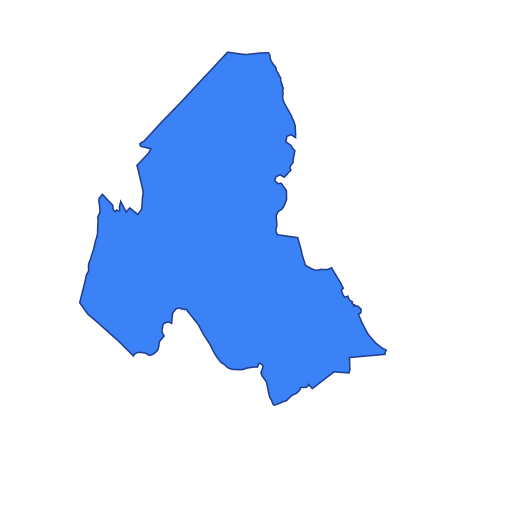 the district of Sagnerigu, Northern, Ghana, rotated 133°
{"feature_id": "2480657B87566941811639", "entity_name": "Sagnerigu", "entity_type": "district", "adm_level": 2, "iso_a3": "GHA", "parent_name": "Ghana", "parent_adm1": "Northern", "projection": "natural_earth1", "projection_center": [-0.877, 9.486], "detail": "fine", "context": "isolated", "style": "filled", "palette": "blue", "viewbox_px": 512, "rotation_deg": 133, "n_neighbors": 0, "source": "geoboundaries", "source_scale": "gbopen_adm2", "svg_char_len": 5973}
<svg xmlns="http://www.w3.org/2000/svg" viewBox="0 0 512 512"><g transform="rotate(133 256 256)"><path d="M126.3,415.8L154.7,415.8L172.6,415.9L191.1,415.8L194.8,415.8L223.7,416.4L240.1,416.2L249.0,416.3L250.8,417.1L253.3,417.4L254.0,416.3L254.4,415.2L249.3,406.0L254.3,404.7L270.9,404.9L272.9,401.7L282.4,387.5L286.4,381.8L287.3,381.3L292.3,377.6L296.4,374.1L299.8,371.6L306.2,370.8L306.9,381.1L312.4,381.0L308.3,392.2L313.1,389.5L315.9,386.6L317.3,387.7L317.3,389.4L318.4,389.3L319.8,389.3L319.9,390.0L319.5,391.5L318.8,392.9L316.6,395.3L316.0,406.1L315.6,410.4L320.5,410.2L322.3,409.0L323.5,407.8L324.2,407.0L325.5,405.2L330.1,400.1L333.8,398.8L334.6,398.7L335.6,398.2L336.9,396.6L337.9,395.5L339.8,394.0L343.1,391.3L347.6,387.2L352.4,384.5L353.9,384.0L354.5,383.7L355.0,383.4L357.2,381.9L357.8,381.7L362.8,378.8L363.8,378.5L366.0,377.4L367.7,376.7L370.4,375.2L372.1,374.5L373.3,374.2L374.7,373.5L376.0,373.0L377.8,371.5L381.0,368.3L385.6,367.1L389.6,364.6L410.4,353.1L413.2,339.6L412.6,324.8L412.2,305.8L412.0,298.9L412.7,277.3L410.9,278.0L407.1,276.8L402.7,271.4L401.4,266.1L400.6,265.7L399.7,265.0L399.0,264.7L398.2,264.4L397.5,264.1L394.0,263.7L393.8,263.7L393.0,263.6L392.4,263.7L391.6,263.8L391.0,264.0L389.6,264.8L389.0,265.1L388.3,265.5L387.2,266.3L386.8,266.7L386.4,267.0L385.7,267.4L385.2,267.8L384.4,268.2L383.8,268.3L383.2,268.3L382.4,268.3L381.9,268.4L381.1,268.4L380.5,268.5L379.8,268.5L377.7,268.6L377.1,268.7L376.6,270.7L375.5,273.0L373.6,274.7L372.3,275.3L370.7,276.6L368.3,277.3L365.4,276.2L363.4,274.2L362.9,271.8L354.5,278.1L349.1,278.4L345.8,276.3L345.8,275.6L345.7,274.3L344.7,273.7L344.5,273.4L344.4,273.3L344.3,272.7L344.2,272.2L344.0,271.8L343.8,271.8L342.6,271.1L345.5,251.7L349.1,241.2L352.1,229.2L355.0,221.6L356.7,215.7L356.8,214.4L357.0,213.1L357.4,211.4L357.6,210.0L357.7,208.7L357.4,207.3L357.1,205.7L356.9,204.6L356.9,203.6L357.0,202.3L356.8,199.8L356.5,199.2L355.8,197.6L355.5,196.6L352.8,193.2L352.4,192.9L351.7,192.2L351.6,191.9L351.0,191.3L350.7,190.8L350.0,190.2L348.4,188.5L347.6,188.0L346.6,187.3L345.2,186.9L343.7,185.7L342.4,184.8L341.2,183.8L340.0,182.8L338.7,181.9L336.2,179.2L333.0,180.5L332.0,180.0L331.3,178.8L331.7,175.8L333.7,174.4L334.6,174.3L338.2,172.7L338.4,172.0L338.9,171.1L339.8,169.0L339.9,168.2L339.9,167.6L340.3,166.1L340.4,165.2L340.9,163.3L341.1,162.3L349.4,150.6L350.3,148.8L350.4,148.0L350.8,146.6L351.3,145.5L352.0,144.2L352.5,143.0L352.8,142.2L352.8,141.1L350.6,139.7L349.1,139.0L347.7,138.3L346.8,137.9L344.6,137.1L342.9,136.2L341.8,135.3L340.6,135.0L338.8,135.0L337.3,134.9L335.5,134.8L333.5,134.6L332.1,134.2L330.6,133.4L329.3,133.0L328.5,132.7L327.2,132.5L326.0,132.6L324.9,132.5L323.9,132.7L321.7,133.6L320.4,132.4L317.9,129.7L315.6,129.4L314.1,129.9L314.6,124.4L287.5,119.9L278.1,108.2L275.1,109.8L269.3,115.6L266.5,118.4L240.0,94.6L238.8,95.6L236.0,96.6L237.1,100.2L237.6,103.6L237.7,104.8L237.8,105.5L237.8,106.2L237.8,106.6L237.9,107.1L237.9,108.1L237.9,109.6L237.7,111.9L237.6,113.4L237.4,114.7L237.3,116.0L237.2,117.3L237.0,119.1L236.8,120.1L236.6,121.1L236.2,122.4L235.7,124.0L235.3,125.0L234.7,126.6L234.3,127.7L233.8,129.3L233.4,130.2L233.2,130.8L232.7,132.5L232.2,133.8L231.6,135.0L231.3,135.6L230.8,136.5L230.4,137.6L229.9,138.8L229.4,139.8L228.9,140.6L228.3,141.3L228.1,141.5L226.2,140.5L223.3,142.7L223.1,147.3L225.8,150.2L224.5,150.1L225.3,153.2L224.7,153.9L223.7,154.4L224.6,156.9L224.3,157.6L223.7,159.4L223.6,159.8L223.4,160.2L222.7,161.5L225.5,162.8L225.2,165.5L222.9,170.3L220.0,170.1L219.3,172.4L218.1,175.2L217.4,177.7L217.1,178.8L216.9,179.7L216.7,180.5L216.3,181.8L216.0,182.7L215.8,183.6L215.3,185.0L215.0,186.1L214.9,186.7L214.8,187.1L214.6,187.6L214.2,189.0L213.0,192.7L217.2,194.5L220.6,198.3L221.6,199.6L222.8,200.3L224.2,201.2L225.1,202.0L226.4,203.9L226.9,205.3L227.3,206.6L227.7,208.1L228.0,209.2L228.3,210.0L228.4,210.7L228.5,211.5L228.7,212.1L228.8,212.6L229.1,212.9L229.3,213.2L223.4,223.4L221.2,226.4L217.6,232.2L214.1,238.0L225.8,254.8L224.6,257.9L222.6,259.7L219.8,261.3L217.9,263.1L212.7,268.8L208.3,270.1L204.3,269.0L201.6,269.3L197.9,270.5L193.9,272.1L189.7,276.1L187.4,278.4L185.6,287.3L188.1,289.1L188.2,293.7L184.4,295.4L180.1,293.8L179.2,289.1L177.2,289.1L176.5,289.0L175.9,289.0L175.4,288.9L174.9,288.9L174.1,289.1L173.7,289.1L172.1,289.1L171.2,289.0L170.5,289.0L169.5,288.9L167.9,291.9L165.3,292.4L162.2,292.6L161.9,293.0L161.4,293.5L161.0,294.0L160.5,294.4L159.2,295.1L158.7,295.4L158.3,295.7L157.8,296.2L157.2,296.4L156.8,296.7L156.1,297.0L155.7,297.3L154.4,298.2L153.3,298.9L152.7,299.2L152.4,299.4L152.3,302.7L151.3,305.9L152.1,312.1L147.5,315.0L143.4,313.2L142.4,307.8L141.6,308.7L141.0,309.2L140.0,309.9L139.4,310.6L138.9,311.1L138.3,311.9L137.0,313.0L136.1,314.2L135.6,314.6L135.1,315.0L134.6,315.5L133.9,316.3L133.6,317.0L133.1,317.8L132.6,318.5L132.3,319.1L131.9,320.0L131.5,320.7L130.8,322.4L130.6,323.0L130.4,323.8L130.0,324.5L129.8,325.0L129.4,325.4L124.8,340.0L122.5,344.1L118.7,347.1L117.5,348.3L117.4,348.8L117.2,348.9L117.2,349.1L116.9,349.2L116.8,349.4L116.3,349.6L115.9,349.8L115.3,350.0L115.0,350.4L114.7,350.7L114.2,351.1L114.1,351.4L114.1,352.1L113.9,352.6L113.7,352.8L113.6,353.1L113.3,353.4L112.9,353.6L112.6,354.5L112.4,354.8L112.2,355.4L112.0,355.6L111.7,355.8L111.3,356.4L111.1,357.3L110.9,357.7L110.2,358.3L109.7,358.6L109.4,358.8L109.2,359.0L108.9,359.9L108.7,360.1L108.7,360.3L108.5,360.7L108.5,361.2L108.4,361.4L108.4,361.7L108.1,362.2L107.6,363.5L107.2,364.9L107.0,365.3L107.0,365.6L106.9,366.1L106.8,366.6L106.5,367.2L106.5,367.4L106.1,367.8L105.9,368.1L105.6,368.5L105.5,368.9L104.8,369.7L104.8,369.9L104.7,370.1L104.5,370.7L104.2,372.1L104.1,373.8L104.0,374.2L103.9,374.4L103.9,374.6L103.8,374.8L103.8,375.0L103.7,375.3L103.7,375.6L103.6,375.8L103.6,376.1L103.5,376.4L103.1,377.9L103.1,378.0L103.0,378.3L102.8,378.6L101.2,381.0L100.9,381.4L100.7,381.7L100.5,381.8L99.8,382.8L99.7,382.9L98.8,385.4L104.7,391.4L115.8,401.0L119.1,405.5L125.5,414.7L126.3,415.8Z" fill="#3b82f6" stroke="#1e3a8a" stroke-width="1.5"/></g></svg>